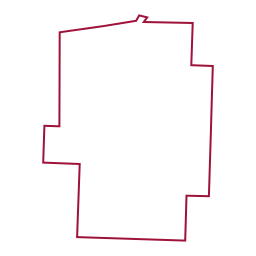 outline of Tuscarawas, Ohio, United States of America
{"feature_id": "52423323B94424103890514", "entity_name": "Tuscarawas", "entity_type": "district", "adm_level": 2, "iso_a3": "USA", "parent_name": "United States of America", "parent_adm1": "Ohio", "projection": "equal_earth", "projection_center": [-81.461, 40.441], "detail": "fine", "context": "isolated", "style": "outline", "palette": "rose", "viewbox_px": 256, "rotation_deg": 0, "n_neighbors": 0, "source": "geoboundaries", "source_scale": "gbopen_adm2", "svg_char_len": 362}
<svg xmlns="http://www.w3.org/2000/svg" viewBox="0 0 256 256"><path d="M210.9,131.4L211.5,109.9L212.8,66.0L191.3,65.2L192.7,23.0L143.8,22.0L147.2,17.4L139.2,15.4L136.1,20.8L103.3,26.1L67.2,31.2L59.7,32.3L59.4,126.3L44.4,125.8L43.2,162.6L79.7,164.0L77.1,237.1L185.2,240.6L186.5,195.7L208.9,196.2L210.9,131.4Z" fill="none" stroke="#9f1239" stroke-width="2"/></svg>